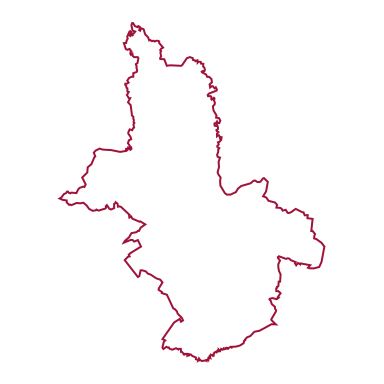 outline of Ixcatepec, Veracruz, Mexico
{"feature_id": "50627088B76588814495844", "entity_name": "Ixcatepec", "entity_type": "district", "adm_level": 2, "iso_a3": "MEX", "parent_name": "Mexico", "parent_adm1": "Veracruz", "projection": "natural_earth1", "projection_center": [-98.025, 21.249], "detail": "fine", "context": "isolated", "style": "outline", "palette": "rose", "viewbox_px": 384, "rotation_deg": 0, "n_neighbors": 0, "source": "geoboundaries", "source_scale": "gbopen_adm2", "svg_char_len": 5947}
<svg xmlns="http://www.w3.org/2000/svg" viewBox="0 0 384 384"><path d="M275.0,306.9L271.8,304.1L270.7,300.8L269.5,299.5L269.7,298.8L272.5,298.1L276.8,299.2L278.8,297.5L277.8,297.0L280.6,293.2L278.3,291.1L276.3,291.1L276.2,288.4L277.2,287.7L277.0,286.9L278.4,286.0L278.7,281.6L280.1,281.6L280.6,274.5L279.0,271.0L278.3,267.2L278.3,264.2L280.0,260.6L278.1,258.2L277.9,257.2L278.6,257.1L279.0,256.3L286.1,258.9L287.6,258.3L289.0,258.5L291.3,260.4L295.7,262.1L295.0,263.3L296.2,265.3L298.0,263.0L300.2,264.4L300.5,263.4L310.2,265.2L308.0,267.7L309.7,268.3L313.7,268.4L319.2,267.0L321.5,262.0L324.4,246.6L321.6,242.9L316.4,239.1L314.1,238.4L314.3,236.0L315.1,234.1L312.5,230.9L311.3,231.0L312.6,218.9L307.4,218.2L307.7,215.1L304.7,215.3L303.5,212.3L302.7,212.4L295.7,208.9L290.6,212.5L288.6,213.0L287.6,212.8L285.7,209.8L282.6,210.6L281.6,208.7L280.2,207.9L276.4,207.6L277.1,204.8L275.0,202.5L268.5,200.8L266.3,197.5L263.1,196.3L266.1,191.4L267.8,181.9L264.0,178.1L263.0,178.4L260.6,181.5L259.3,182.1L257.4,182.0L255.0,180.5L253.5,180.8L250.6,183.3L241.2,186.0L237.9,188.7L235.9,192.1L230.5,194.6L226.8,194.6L224.9,193.2L220.4,185.7L220.1,180.8L220.6,177.5L218.4,174.4L217.6,172.3L219.0,167.1L218.6,161.8L220.0,157.6L217.7,156.9L217.1,154.9L218.3,151.6L218.1,150.0L219.3,148.1L217.6,147.3L217.2,146.1L218.7,144.6L218.0,142.3L219.0,142.2L221.2,139.9L221.6,137.2L220.5,137.0L220.0,138.3L219.1,135.4L218.2,135.2L217.0,136.2L217.0,133.7L218.4,132.1L216.8,131.1L216.4,130.1L217.9,129.2L218.0,127.6L217.3,125.4L216.6,125.0L216.1,125.9L214.8,125.8L214.4,124.7L214.6,123.3L216.0,123.1L217.0,121.5L217.7,123.2L219.3,123.1L220.3,120.6L219.0,118.1L216.1,117.6L216.5,115.4L213.5,110.5L212.9,106.3L214.6,104.5L214.9,102.9L214.0,100.3L214.5,98.4L213.8,97.8L211.8,99.7L211.2,99.0L211.4,97.2L210.7,96.1L208.0,96.1L207.7,95.0L208.9,93.6L216.6,90.6L216.9,89.5L215.8,87.4L214.7,88.4L212.8,86.2L211.7,86.2L210.1,87.5L209.6,84.3L211.9,82.4L211.5,79.1L209.1,76.8L207.2,76.9L206.1,74.5L202.0,72.3L201.7,71.8L202.4,71.1L204.4,71.1L204.9,69.9L204.4,67.7L203.1,66.5L203.3,63.8L201.0,63.6L200.7,61.9L198.5,61.7L197.6,62.7L197.4,60.3L195.4,61.2L195.0,60.4L192.9,59.9L192.7,58.1L189.9,57.1L186.9,58.2L182.1,65.2L181.1,65.8L170.0,65.3L166.8,65.8L164.3,59.3L160.3,59.0L160.2,57.7L161.1,56.5L160.4,52.4L161.1,51.0L160.2,50.1L161.1,48.7L163.1,47.6L159.1,42.9L159.2,41.4L158.0,40.8L155.9,40.8L154.8,41.5L153.4,40.7L152.0,41.2L150.1,40.0L149.2,40.4L148.1,37.3L145.2,34.4L143.6,29.2L141.0,28.3L140.1,30.7L139.2,30.1L139.7,29.5L139.7,26.8L138.3,26.1L137.6,27.2L134.9,26.1L133.2,23.2L132.2,23.0L131.4,25.3L132.6,30.7L135.2,31.5L133.9,33.3L132.5,33.8L132.8,36.0L131.9,34.7L130.3,36.0L129.8,35.6L131.4,32.7L130.3,31.2L129.5,31.5L127.2,36.8L127.7,38.6L126.4,41.2L126.2,42.9L123.9,43.1L125.8,49.0L127.4,49.8L129.5,48.9L130.3,49.6L130.4,50.8L131.4,51.3L130.2,53.4L130.9,54.8L132.4,53.7L132.8,56.0L133.9,57.1L137.7,57.1L138.4,58.1L137.5,63.0L135.8,64.2L136.7,66.4L136.4,67.4L137.2,70.7L136.6,72.0L133.3,73.2L133.3,76.7L131.4,76.8L128.9,78.1L127.3,80.6L128.6,82.6L127.4,83.5L125.3,83.7L125.2,84.8L126.2,85.9L126.5,87.8L127.4,88.3L127.4,91.5L128.7,92.0L126.9,95.0L128.8,98.1L130.2,98.2L128.0,102.3L130.7,105.2L132.0,115.6L133.4,116.8L133.3,118.9L133.9,120.1L133.6,122.1L134.4,123.0L133.4,124.4L134.1,127.6L133.1,128.2L132.2,130.2L129.7,129.4L128.3,132.3L128.3,133.6L130.5,136.8L131.2,139.2L129.0,140.2L127.9,143.1L129.8,145.8L129.2,147.7L131.0,147.2L131.5,148.8L130.3,149.8L128.0,147.8L127.5,149.6L126.6,148.8L126.0,149.0L126.2,150.9L120.1,151.9L111.2,150.1L102.8,149.6L99.6,148.6L95.5,150.7L93.8,152.7L95.3,156.4L94.3,157.3L91.4,164.2L87.7,167.3L87.3,172.5L82.2,177.5L85.7,184.4L84.4,187.0L83.2,186.6L79.6,187.9L78.0,189.7L76.4,193.1L71.4,192.6L70.4,193.3L69.0,192.9L67.8,191.5L67.0,191.6L66.2,193.0L63.8,194.2L61.5,197.4L59.6,198.5L62.5,199.8L66.7,200.5L66.7,202.4L69.2,204.9L70.0,204.5L71.5,205.1L76.5,203.0L80.4,203.3L83.3,202.7L86.6,205.4L89.1,208.9L92.7,210.8L95.9,210.3L96.4,209.6L98.6,210.6L105.5,208.5L106.2,207.1L105.8,206.2L106.9,205.1L109.3,208.7L111.0,209.5L112.0,209.1L114.2,208.1L114.1,203.9L115.2,203.3L115.6,202.2L117.5,203.7L118.0,206.7L119.6,206.4L121.0,206.9L129.7,215.0L129.1,215.4L129.4,217.6L131.3,216.6L132.3,218.6L139.4,221.7L140.1,221.3L145.3,224.4L140.7,227.6L139.0,230.9L138.0,230.8L136.4,232.2L131.5,233.1L129.0,237.4L125.0,240.7L123.8,242.7L130.8,239.9L132.6,240.0L134.2,241.6L137.9,240.1L141.0,246.6L130.6,253.0L128.7,254.7L129.6,256.4L127.8,256.9L124.7,260.1L137.9,277.0L139.3,276.2L140.6,270.3L142.3,270.3L145.8,271.4L148.0,273.7L150.7,274.6L156.2,278.3L160.3,279.7L162.5,282.4L158.8,288.4L158.6,289.8L162.0,292.1L161.8,293.1L166.9,294.7L173.3,308.5L174.8,309.1L176.9,311.4L177.7,313.7L181.8,317.8L182.4,319.0L183.0,320.4L181.0,321.7L179.7,318.9L174.0,322.6L162.5,339.1L165.2,340.4L163.8,341.9L162.4,347.5L163.4,349.0L166.5,346.8L167.8,347.6L168.8,347.4L169.4,348.6L172.3,349.7L176.1,348.2L178.4,349.5L178.9,348.9L180.8,348.9L181.0,351.7L181.5,351.5L183.4,353.5L183.7,354.5L184.6,354.6L184.9,353.9L187.1,353.9L187.3,355.6L187.9,355.0L188.8,355.6L189.5,355.0L189.1,354.2L191.0,354.6L192.2,355.9L195.9,357.5L195.9,359.2L197.3,359.6L197.8,360.5L199.4,360.4L199.2,359.6L198.5,360.2L199.0,358.5L200.4,360.3L202.2,361.0L205.5,360.4L206.5,360.9L206.4,360.0L207.8,359.9L208.0,359.2L208.4,359.8L208.7,357.7L209.5,358.0L209.6,356.9L210.2,357.4L209.9,356.0L210.7,354.6L211.9,355.4L213.2,354.8L213.1,355.8L213.6,355.8L213.8,352.5L214.2,353.5L214.8,352.3L216.5,351.5L216.8,352.2L218.1,351.1L216.7,350.1L218.0,350.7L218.5,351.4L219.0,351.3L218.8,349.6L220.2,350.9L221.1,348.9L222.5,349.7L223.2,348.9L223.3,349.4L225.4,349.0L225.4,348.1L227.6,348.7L227.4,347.9L228.5,348.1L230.7,346.8L231.6,347.5L231.8,346.8L236.0,346.6L239.8,345.6L243.6,343.2L244.1,340.8L245.2,340.2L245.1,339.5L247.0,337.4L250.4,336.0L254.3,331.8L259.6,330.7L271.5,324.2L275.9,324.4L271.5,320.2L271.3,319.3L275.7,311.9L276.1,310.4L274.9,308.4L275.0,306.9Z" fill="none" stroke="#9f1239" stroke-width="2"/></svg>